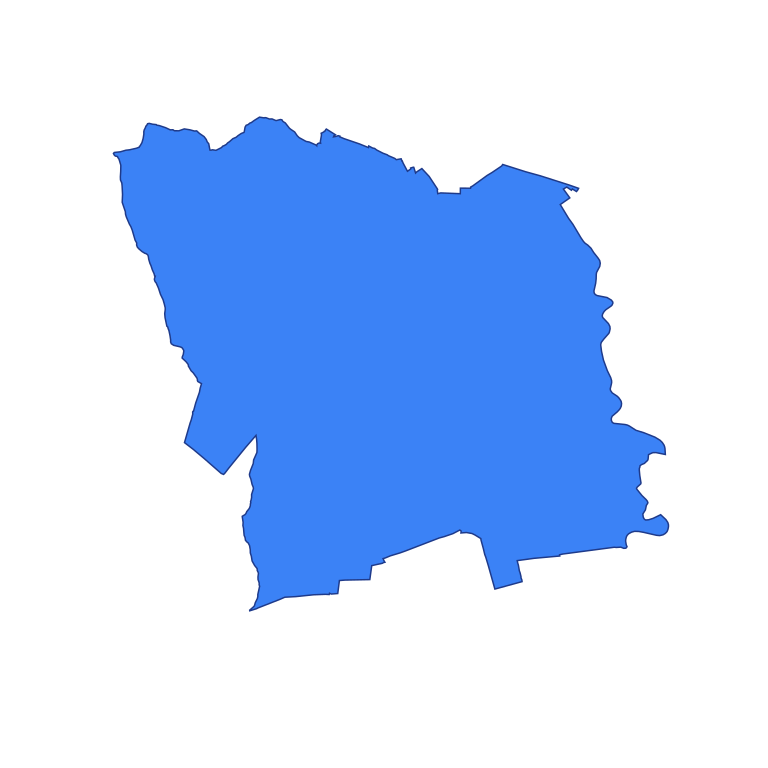 Vorona, Botosani, Romania, rotated 189°
{"feature_id": "2599482B82884010632757", "entity_name": "Vorona", "entity_type": "district", "adm_level": 2, "iso_a3": "ROU", "parent_name": "Romania", "parent_adm1": "Botosani", "projection": "mercator", "projection_center": [26.622, 47.579], "detail": "fine", "context": "isolated", "style": "filled", "palette": "blue", "viewbox_px": 768, "rotation_deg": 189, "n_neighbors": 0, "source": "geoboundaries", "source_scale": "gbopen_adm2", "svg_char_len": 6153}
<svg xmlns="http://www.w3.org/2000/svg" viewBox="0 0 768 768"><g transform="rotate(189 384 384)"><path d="M301.1,619.4L301.9,617.7L310.5,609.7L314.8,606.1L327.4,593.5L329.2,592.1L329.0,591.3L329.2,590.9L339.2,589.4L338.4,583.9L357.9,581.6L360.7,580.4L361.7,583.8L361.5,584.6L362.3,585.6L371.9,596.1L380.3,602.7L384.7,598.8L385.8,597.3L388.5,602.7L389.0,602.7L391.5,601.5L391.2,600.6L394.1,597.8L399.7,605.2L400.9,607.2L401.2,607.1L402.3,609.1L407.0,607.5L408.6,608.5L415.3,610.2L416.7,610.9L421.2,611.8L427.9,614.0L430.1,615.2L432.2,615.3L436.3,616.7L436.4,615.1L445.8,617.3L461.9,620.1L466.3,621.2L466.3,621.9L468.1,622.1L470.0,621.1L472.5,620.2L472.2,621.5L471.0,622.6L480.8,626.8L481.2,626.4L481.9,624.5L482.5,624.3L482.8,623.6L485.3,621.8L484.9,621.0L484.7,619.5L484.8,613.5L484.3,611.9L485.7,611.9L487.1,611.0L487.9,609.5L487.8,608.9L488.5,609.4L495.6,611.3L498.9,611.4L506.4,614.1L508.5,615.6L511.7,619.0L516.0,621.0L517.5,621.9L522.3,626.4L524.9,627.5L526.2,629.0L527.8,629.0L531.4,627.4L532.1,627.3L536.0,628.3L538.6,627.8L542.0,628.5L543.2,628.5L544.0,628.1L548.7,628.1L553.3,624.1L556.1,621.3L557.1,620.9L558.9,618.9L560.6,618.0L561.4,616.0L561.5,610.9L561.8,610.5L564.2,609.1L567.0,606.5L568.6,604.6L571.6,602.7L574.5,599.2L576.2,597.6L577.2,596.0L579.2,594.4L580.5,593.7L581.5,592.1L586.5,588.5L590.1,588.5L591.4,587.9L592.5,587.8L594.7,593.9L596.5,595.5L597.8,597.7L600.4,600.2L605.6,602.7L608.6,604.7L610.8,604.2L615.5,604.7L621.2,604.7L626.2,602.0L630.2,601.4L630.8,601.4L632.2,602.1L634.9,601.6L639.8,603.0L646.4,604.1L648.9,604.1L649.6,604.6L653.2,604.4L656.7,604.7L658.2,604.1L658.9,602.2L659.5,601.5L659.9,599.4L660.6,597.4L660.7,595.5L660.3,593.3L660.3,588.9L660.8,584.6L662.2,580.9L662.7,580.5L662.8,579.6L665.5,578.1L672.0,575.5L675.6,574.5L680.7,572.1L686.6,570.5L687.3,569.4L686.1,567.8L685.0,567.1L682.8,567.0L682.4,566.2L680.9,564.6L678.4,559.4L678.1,558.5L677.3,552.7L676.8,547.4L676.2,544.3L674.4,541.5L673.6,538.4L671.9,530.3L671.0,522.5L666.4,513.7L665.9,511.4L664.7,508.8L660.5,502.1L658.7,499.9L656.8,496.7L652.3,487.1L650.3,484.6L650.1,482.6L649.1,480.7L647.5,479.3L643.8,477.0L640.7,475.7L639.2,475.5L637.6,474.6L637.1,473.9L636.6,472.7L635.9,470.4L634.1,466.6L632.7,464.5L630.6,460.4L628.3,456.9L627.4,454.7L626.8,454.7L627.2,452.2L627.1,451.1L626.1,449.3L624.9,448.3L621.8,443.5L618.8,437.6L615.4,432.7L613.5,428.6L612.0,425.0L611.7,423.0L611.6,419.2L610.6,415.2L607.5,407.1L606.5,406.5L605.8,404.8L604.8,403.2L602.9,398.2L601.6,394.0L601.3,392.1L600.4,390.5L597.8,389.3L591.1,388.8L589.5,388.4L588.6,387.7L587.1,385.9L586.9,384.9L586.9,381.7L587.5,379.1L587.4,378.0L583.1,375.1L580.8,373.0L580.2,372.2L580.1,371.2L576.6,366.9L574.2,365.2L569.6,360.5L569.0,359.2L568.8,358.1L568.2,357.3L564.3,355.8L564.9,351.1L565.0,347.0L567.0,335.8L567.9,327.3L568.4,327.1L568.6,326.4L568.2,324.3L568.8,318.3L569.4,315.1L571.9,294.9L562.7,289.9L550.5,282.6L530.8,270.2L528.3,269.6L527.3,270.9L523.9,277.1L510.6,300.0L502.4,313.2L501.2,309.5L500.2,305.4L499.2,299.7L498.8,296.5L500.9,288.6L500.7,285.0L502.3,277.9L502.8,273.8L502.3,272.1L500.6,269.2L498.5,264.0L497.1,261.8L496.6,260.2L497.5,254.1L497.0,251.2L497.1,248.6L497.4,247.0L497.0,245.8L497.2,244.7L497.0,242.8L497.3,241.3L497.6,240.0L499.6,236.5L500.1,234.5L500.9,233.2L503.3,231.2L503.3,230.9L501.5,225.3L501.2,222.1L500.2,219.6L498.5,212.7L497.2,210.6L496.4,208.0L494.8,206.6L493.2,205.7L491.5,203.3L490.2,199.5L489.6,196.2L488.1,193.2L486.6,188.6L483.4,184.5L480.4,181.8L480.0,179.9L478.9,178.4L478.4,177.3L478.3,173.7L477.8,171.1L476.6,168.9L476.1,167.8L475.9,166.1L475.2,164.8L475.7,156.4L475.4,154.4L475.5,152.4L476.9,147.9L477.3,144.7L477.8,143.8L481.3,139.6L481.1,139.0L474.6,142.2L473.6,143.0L452.8,155.2L448.6,157.9L437.9,160.2L420.6,164.8L409.0,167.1L405.2,167.5L405.1,168.8L403.2,168.3L396.9,169.8L397.3,182.9L392.0,184.2L367.4,188.6L367.7,202.7L357.5,206.7L356.6,207.5L355.2,208.1L356.2,209.2L357.6,211.4L355.5,212.4L350.8,215.3L341.7,219.7L336.6,222.5L305.3,240.6L300.6,242.7L292.5,247.0L286.3,251.6L285.1,251.1L284.7,250.2L284.7,248.9L279.3,250.2L273.7,250.1L270.5,249.1L264.2,246.5L263.8,245.1L260.1,236.9L257.8,231.3L256.4,228.9L252.6,221.0L242.4,198.8L216.7,210.4L217.2,212.1L218.3,213.9L218.6,215.3L220.0,218.7L221.1,220.7L222.9,226.0L224.0,228.3L224.8,230.4L208.5,235.3L183.5,241.6L183.9,242.8L180.9,244.0L131.0,258.8L129.0,258.9L124.6,259.9L121.5,259.2L119.7,259.6L119.2,259.9L118.5,261.3L119.6,263.1L120.8,266.7L120.9,268.7L120.7,270.9L120.2,272.5L119.0,274.3L116.3,276.4L113.4,277.7L109.3,278.2L104.4,278.1L91.2,277.2L88.0,277.4L84.8,278.7L82.9,280.3L81.7,281.9L81.2,283.0L80.8,284.9L80.7,287.5L81.0,289.4L82.0,291.6L84.4,294.2L90.3,298.2L97.2,293.4L101.4,291.3L104.3,290.6L105.3,291.0L106.2,291.7L107.2,293.3L108.0,296.1L106.1,300.6L105.9,305.1L104.9,307.4L104.8,308.1L105.6,309.5L107.0,310.8L111.8,314.2L117.8,319.6L118.3,320.5L117.7,321.9L114.8,325.5L114.7,326.5L117.0,333.5L118.4,339.0L118.6,340.7L118.3,341.8L118.3,343.4L117.0,344.7L114.4,346.3L111.7,349.8L111.4,351.0L111.7,355.6L108.8,357.6L107.6,358.3L104.5,358.8L95.1,358.4L96.4,364.3L97.1,366.1L97.9,367.5L99.9,369.7L102.5,371.6L108.1,373.9L119.6,376.5L127.9,377.7L135.1,380.9L137.1,381.5L139.5,381.7L150.9,381.1L152.5,381.8L153.8,383.7L154.1,385.8L153.6,387.9L149.3,392.9L147.6,395.4L146.8,397.0L146.2,399.3L146.3,401.8L146.9,403.6L147.6,404.7L149.9,407.1L151.7,408.4L157.2,410.9L159.2,413.0L159.8,414.5L159.4,419.7L159.4,421.3L159.8,423.1L161.1,425.8L165.5,432.1L171.0,442.0L174.3,450.4L176.1,456.6L176.0,458.5L175.7,459.5L173.9,462.8L169.8,469.3L169.5,470.6L169.3,473.8L169.9,476.2L171.8,478.8L178.4,483.9L179.1,485.4L179.0,487.4L177.9,490.1L176.5,492.1L172.0,496.4L171.2,497.4L170.6,499.4L170.8,500.7L172.5,502.4L177.2,504.3L187.4,504.7L189.3,505.4L190.6,506.7L191.2,508.7L190.7,516.4L190.9,521.0L191.5,525.6L191.5,527.4L189.3,533.9L189.3,537.1L190.3,539.7L192.3,541.9L197.5,546.7L200.8,550.5L204.5,553.1L207.4,554.5L209.3,556.0L212.5,559.4L222.4,571.3L227.6,576.5L238.0,588.8L229.6,596.9L237.3,604.6L234.3,607.1L229.2,604.7L228.5,606.1L224.0,604.2L223.1,605.7L222.4,607.7L232.2,609.5L262.3,614.1L277.3,615.8L301.1,619.4Z" fill="#3b82f6" stroke="#1e3a8a" stroke-width="1.5"/></g></svg>